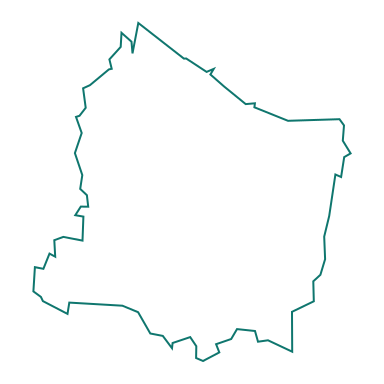 the district of Rutherford, Tennessee, United States of America
{"feature_id": "52423323B26987147906068", "entity_name": "Rutherford", "entity_type": "district", "adm_level": 2, "iso_a3": "USA", "parent_name": "United States of America", "parent_adm1": "Tennessee", "projection": "albers", "projection_center": [-86.446, 35.86], "detail": "fine", "context": "isolated", "style": "outline", "palette": "teal", "viewbox_px": 384, "rotation_deg": 0, "n_neighbors": 0, "source": "geoboundaries", "source_scale": "gbopen_adm2", "svg_char_len": 1009}
<svg xmlns="http://www.w3.org/2000/svg" viewBox="0 0 384 384"><path d="M344.0,125.4L339.5,119.2L288.0,120.8L254.4,107.3L254.9,103.3L245.7,104.1L224.1,86.5L210.4,74.5L213.7,68.9L206.6,71.9L186.2,58.5L183.9,58.6L138.3,23.0L132.5,53.4L131.5,41.7L121.5,32.8L120.7,46.9L109.4,59.4L111.7,68.8L108.9,69.4L89.9,85.2L83.1,88.3L85.7,107.8L79.5,115.8L76.0,116.9L81.7,133.0L74.9,153.1L82.3,175.1L80.2,188.9L86.9,195.2L88.2,206.7L80.8,206.6L75.3,215.2L83.4,216.6L82.5,240.6L63.3,236.9L54.3,240.2L55.2,256.7L49.5,253.6L43.4,268.8L34.9,267.2L33.4,291.4L40.9,296.9L42.9,301.1L67.5,313.9L69.3,302.6L122.4,305.7L138.1,312.2L150.3,333.5L162.8,335.9L172.0,348.2L172.6,343.0L190.2,337.1L196.3,346.2L196.1,358.0L203.0,361.0L219.3,352.4L216.1,344.2L231.2,339.0L237.0,329.1L255.0,331.0L258.0,341.7L268.0,340.3L292.2,351.7L292.0,311.8L313.8,301.3L313.3,281.3L320.4,274.8L325.1,259.2L324.2,236.6L329.2,216.0L335.4,174.5L341.1,177.0L344.2,157.1L350.6,153.4L342.8,140.7L344.0,125.4Z" fill="none" stroke="#0f766e" stroke-width="2"/></svg>